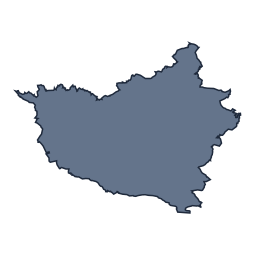 Cristolt, Salaj, Romania
{"feature_id": "2599482B97818467423140", "entity_name": "Cristolt", "entity_type": "district", "adm_level": 2, "iso_a3": "ROU", "parent_name": "Romania", "parent_adm1": "Salaj", "projection": "robinson", "projection_center": [23.442, 47.218], "detail": "fine", "context": "isolated", "style": "filled", "palette": "slate", "viewbox_px": 256, "rotation_deg": 0, "n_neighbors": 0, "source": "geoboundaries", "source_scale": "gbopen_adm2", "svg_char_len": 5692}
<svg xmlns="http://www.w3.org/2000/svg" viewBox="0 0 256 256"><path d="M200.6,206.2L200.2,205.1L201.2,202.9L201.7,202.7L200.8,201.9L199.6,201.8L199.2,201.3L197.9,198.8L195.2,196.0L194.8,194.7L194.0,193.7L192.1,192.7L192.7,191.6L191.8,190.9L197.6,189.9L201.5,190.5L202.5,190.2L204.3,187.2L204.4,185.8L205.3,184.5L204.0,181.6L206.2,181.6L210.3,179.6L207.3,176.9L206.7,177.0L205.8,175.1L202.2,173.0L201.0,171.3L200.1,169.2L198.3,167.5L198.8,166.9L203.1,165.7L205.0,164.6L206.7,162.7L207.9,162.1L209.2,160.6L209.2,160.3L209.6,160.0L210.5,160.5L210.4,159.6L211.4,157.0L211.3,156.3L212.2,154.7L212.7,151.7L212.4,150.9L213.0,149.1L211.8,147.0L211.4,146.8L211.6,146.4L212.6,146.2L212.9,145.3L214.3,144.6L219.4,146.1L221.5,143.2L220.5,139.1L219.2,137.4L218.5,137.3L218.1,137.9L216.7,137.7L217.3,137.2L217.3,136.7L218.0,136.0L219.3,136.1L220.0,135.7L219.9,134.7L221.6,135.3L222.6,135.2L224.4,133.2L224.9,132.1L228.3,129.2L232.0,129.9L236.2,126.7L236.7,126.0L236.7,123.3L237.8,123.4L238.0,122.1L239.0,121.4L239.0,118.2L239.5,118.0L239.3,115.5L240.6,115.1L240.4,113.4L239.6,113.7L239.0,113.3L237.7,115.3L237.3,117.3L236.0,117.6L235.7,117.4L236.0,115.5L235.0,115.5L234.7,115.2L236.9,113.7L233.6,112.5L233.4,112.7L233.2,112.5L233.5,112.2L232.9,111.9L235.2,110.3L232.6,108.9L231.5,110.4L230.6,110.8L227.6,109.6L226.8,109.6L224.9,108.2L223.8,108.0L222.8,107.3L221.2,105.4L220.6,104.2L219.8,101.0L224.9,98.6L226.6,97.2L227.8,97.7L228.8,95.9L228.6,94.5L230.0,94.3L230.0,93.0L230.5,91.2L230.1,89.5L228.9,90.7L225.1,92.3L222.0,91.5L221.8,90.7L221.0,90.1L218.9,90.5L213.8,88.5L207.5,88.2L204.0,87.7L202.6,87.1L200.0,87.0L200.2,85.4L201.8,84.0L201.8,83.2L201.4,83.1L202.2,80.3L199.4,78.3L198.5,78.2L198.8,77.4L198.0,76.8L198.3,75.1L197.3,73.4L195.6,74.2L194.8,73.9L198.0,71.5L198.4,70.6L198.3,70.1L198.6,69.8L198.6,69.1L199.2,68.9L200.0,69.8L199.6,69.0L199.8,68.3L199.4,67.6L200.1,67.4L199.8,66.5L200.5,66.5L200.7,67.5L202.2,66.2L200.6,63.0L200.8,62.3L199.9,61.7L198.9,60.1L197.1,58.3L196.3,54.9L195.2,52.6L196.0,51.0L198.9,47.4L197.9,47.2L197.0,45.9L195.5,44.9L193.8,44.2L191.3,43.8L189.5,43.0L190.3,44.1L189.8,44.5L189.0,44.3L188.2,45.4L188.4,46.3L187.9,46.9L188.1,47.3L187.8,47.6L187.0,47.4L183.4,48.5L182.0,48.5L177.3,50.3L175.5,54.2L174.8,54.7L174.3,54.5L173.5,55.7L172.6,56.3L173.0,56.6L173.1,57.3L176.4,60.6L176.6,61.4L177.5,61.9L175.2,63.9L173.8,63.9L174.0,64.6L173.2,65.0L172.9,66.2L172.3,66.7L170.8,67.2L167.9,66.8L167.0,67.5L167.1,66.4L165.4,66.3L164.5,67.4L164.4,68.3L162.7,69.3L161.9,71.3L161.3,71.9L158.7,71.2L157.5,71.4L156.7,72.0L155.2,71.8L156.2,73.8L155.3,75.5L152.2,77.3L151.6,78.2L150.4,78.5L145.3,78.5L140.4,75.3L137.2,74.3L136.0,74.2L134.2,76.2L133.4,76.0L132.9,75.0L132.5,75.0L131.7,75.7L131.0,78.8L130.3,80.1L128.8,80.1L128.2,80.8L128.2,81.2L126.5,81.2L126.7,82.6L124.5,82.9L122.6,82.1L122.8,82.9L118.9,82.9L116.9,83.4L117.0,84.5L116.6,85.7L117.6,86.7L118.2,88.4L119.7,89.8L119.2,89.9L118.3,91.0L116.2,91.8L112.6,94.4L109.9,95.4L109.9,95.9L108.9,95.9L107.6,96.5L105.5,95.6L104.2,96.1L101.7,98.2L101.5,98.5L101.9,99.4L100.6,99.2L99.8,99.4L99.5,100.0L98.1,99.5L96.7,100.0L97.3,98.8L96.8,98.8L96.9,98.3L96.4,97.6L97.2,96.9L96.9,96.5L96.1,96.5L94.7,95.7L92.5,93.7L91.8,93.9L91.2,94.7L91.1,93.6L90.4,92.8L90.4,92.1L89.7,91.9L89.3,92.3L87.0,90.5L86.3,91.0L85.5,90.4L84.8,90.7L84.6,90.0L82.9,89.6L82.8,88.8L82.1,89.3L81.2,89.3L79.3,88.0L78.1,89.1L77.5,91.0L76.9,91.3L76.7,89.8L75.7,88.2L75.2,86.3L74.2,86.2L73.3,86.8L72.8,85.1L70.2,87.8L70.2,89.0L68.6,90.2L67.6,89.8L67.2,90.4L66.6,90.2L66.0,90.4L65.8,89.4L65.1,89.3L65.3,88.1L63.6,87.9L64.2,87.6L63.7,87.1L62.8,87.1L62.8,85.8L62.4,84.9L60.9,84.3L59.6,85.1L59.5,85.8L57.9,85.4L57.7,86.9L57.1,87.0L57.1,87.5L56.3,88.1L56.1,89.7L54.6,88.8L54.4,88.3L54.2,89.6L53.6,90.3L47.9,90.5L46.1,91.0L46.0,89.6L45.3,89.8L44.0,86.4L43.3,85.6L41.6,85.5L41.1,84.8L39.5,85.3L37.6,85.4L37.9,86.9L39.3,89.3L38.5,90.6L37.2,91.6L37.5,93.8L38.0,95.3L37.6,96.2L36.3,97.3L34.9,96.1L33.9,95.9L34.1,94.7L33.2,95.2L30.9,93.1L29.5,92.8L28.8,91.7L26.8,93.4L25.9,93.4L24.8,92.5L24.6,93.7L22.8,94.4L19.2,92.8L18.3,90.7L17.6,90.8L17.1,91.5L15.4,91.0L18.4,94.4L18.5,94.8L18.3,95.2L20.1,97.0L20.7,96.6L21.0,97.4L22.9,98.5L23.0,99.0L28.3,101.3L29.2,102.4L33.3,102.9L35.3,105.2L34.6,107.3L35.5,109.0L35.4,110.3L36.9,111.3L37.0,114.8L36.7,115.8L34.9,118.0L37.9,118.5L37.1,119.1L36.5,120.0L36.6,120.3L35.5,122.4L37.3,123.1L40.7,125.9L41.2,127.4L42.4,128.5L42.6,129.2L41.5,134.2L40.2,135.8L37.5,140.0L38.0,140.9L38.0,142.2L38.8,142.3L39.5,141.8L41.6,144.0L43.2,146.1L46.3,152.6L49.0,151.9L49.3,152.9L46.1,154.0L49.0,157.9L49.1,161.0L49.4,161.5L50.3,162.2L56.6,160.8L56.5,162.5L57.1,164.8L59.5,168.6L60.3,168.5L61.1,167.6L61.7,167.5L65.9,169.0L68.9,169.0L68.4,171.2L68.5,172.9L70.0,173.6L69.7,173.2L70.8,173.1L70.9,174.1L71.8,174.0L72.2,174.4L72.1,175.2L73.2,175.1L75.2,176.7L76.0,176.4L76.8,176.9L78.8,176.9L82.4,178.9L85.7,178.5L89.2,178.7L89.5,179.4L91.2,180.6L92.2,180.5L96.3,181.6L98.1,182.9L99.7,185.4L100.9,186.3L101.8,186.4L102.4,186.9L103.7,189.3L104.6,189.6L105.8,190.6L105.7,191.6L107.2,191.8L107.7,190.6L109.3,191.6L110.6,191.3L111.2,192.2L111.8,192.3L113.7,194.1L116.6,192.5L117.1,191.5L117.7,191.7L117.7,192.0L118.6,192.6L118.2,192.8L118.4,193.1L122.7,194.2L127.0,194.6L129.4,195.9L133.2,195.6L133.8,196.1L135.8,196.3L137.8,195.6L142.4,194.8L145.3,194.7L148.3,195.3L152.9,195.6L157.6,196.6L158.4,197.8L161.4,198.8L162.6,200.0L164.1,200.7L165.8,202.2L169.0,202.8L169.3,204.4L170.7,205.4L175.3,206.2L176.4,206.8L176.9,208.1L176.4,208.9L177.7,212.1L189.9,213.0L190.0,211.3L189.7,210.9L186.3,210.6L185.3,209.8L185.6,208.2L187.7,206.9L191.6,206.0L192.1,205.6L196.6,206.0L198.1,205.8L200.1,206.8L199.9,205.8L200.6,206.2Z" fill="#64748b" stroke="#1e293b" stroke-width="1.5"/></svg>